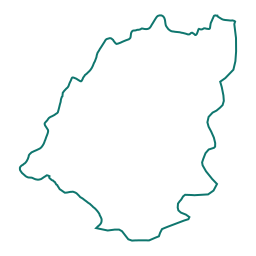 Az-Zabdani, Rif Dimashq, Syria (Robinson projection)
{"feature_id": "27442178B59833257068654", "entity_name": "Az-Zabdani", "entity_type": "district", "adm_level": 2, "iso_a3": "SYR", "parent_name": "Syria", "parent_adm1": "Rif Dimashq", "projection": "robinson", "projection_center": [36.084, 33.702], "detail": "fine", "context": "isolated", "style": "outline", "palette": "teal", "viewbox_px": 256, "rotation_deg": 0, "n_neighbors": 0, "source": "geoboundaries", "source_scale": "gbopen_adm2", "svg_char_len": 5442}
<svg xmlns="http://www.w3.org/2000/svg" viewBox="0 0 256 256"><path d="M217.0,184.0L212.0,178.8L211.4,178.0L206.0,171.3L202.6,165.3L202.1,162.4L203.3,158.8L205.5,153.2L208.7,149.5L214.0,147.8L215.1,146.6L215.2,143.1L213.9,137.7L211.2,131.6L208.6,126.7L207.4,122.3L208.6,116.9L212.6,112.6L216.5,110.6L220.0,107.7L222.6,105.1L223.0,103.7L223.8,101.0L223.8,100.5L223.4,95.4L221.8,87.3L220.2,81.7L225.3,78.1L233.4,69.7L235.4,61.2L236.1,51.4L236.0,38.0L234.3,24.1L235.1,21.5L234.5,21.1L234.2,20.9L232.8,20.5L232.2,20.4L231.7,20.5L231.2,20.5L230.1,20.5L227.4,20.2L225.0,20.0L224.2,19.8L223.3,19.7L222.4,19.3L222.0,19.2L220.4,18.2L218.6,17.1L217.6,16.4L217.4,15.6L216.9,15.6L216.1,15.6L215.3,15.4L215.1,15.5L214.4,15.6L213.9,16.0L213.1,17.8L213.0,18.2L212.5,19.1L212.0,20.4L211.1,22.3L210.7,23.3L210.5,24.4L210.2,26.5L210.1,27.3L210.0,28.0L209.5,28.8L208.9,29.0L207.9,28.9L206.4,28.7L204.9,28.3L204.3,28.3L203.8,28.4L203.1,28.8L202.6,29.1L201.8,29.4L201.7,29.4L200.6,29.4L200.0,29.2L199.2,29.0L199.0,28.9L198.7,29.2L198.5,29.3L198.0,30.7L198.0,30.8L197.5,32.2L196.9,33.7L196.6,34.2L196.5,34.3L195.9,34.9L195.6,35.0L195.2,35.0L195.0,34.8L194.6,34.4L194.1,34.0L192.8,33.1L192.1,32.7L191.2,32.9L190.9,33.1L190.1,33.8L189.5,34.3L188.6,34.4L188.3,34.4L187.9,34.4L185.8,33.7L183.1,33.0L182.1,32.8L181.8,32.8L180.3,32.4L179.3,32.2L179.1,32.2L175.1,31.8L173.3,31.5L172.3,31.4L171.2,31.1L169.8,30.3L168.3,29.1L166.7,26.9L166.0,25.8L165.7,24.9L165.4,23.2L165.1,21.0L165.0,20.1L164.8,19.6L164.7,19.1L164.3,18.0L164.0,17.5L163.3,16.5L162.3,15.8L161.3,15.4L160.5,15.4L159.5,15.4L157.9,15.9L156.9,16.7L155.7,18.4L153.6,21.8L153.2,22.5L151.8,24.7L150.9,26.3L150.0,27.6L148.7,28.6L147.4,29.0L146.3,29.1L144.6,29.0L143.2,28.7L142.0,28.5L141.5,28.6L140.5,29.3L139.4,29.6L138.4,29.8L137.4,29.8L137.0,29.9L136.5,30.1L135.6,30.4L134.5,30.5L133.9,30.5L133.2,30.6L132.5,30.9L131.9,31.6L131.7,31.8L131.4,32.5L131.1,33.1L130.9,34.5L130.6,36.9L130.4,37.7L129.9,38.4L128.8,39.3L125.9,40.3L125.7,40.4L123.5,41.3L121.7,42.1L120.9,42.5L120.2,42.8L118.0,43.6L117.0,43.8L116.8,43.9L116.7,43.8L116.1,43.7L115.5,43.2L114.8,42.4L114.4,41.9L113.5,40.7L113.1,39.9L112.3,39.3L111.4,38.5L110.3,38.2L109.6,38.2L109.2,38.3L108.3,38.6L107.4,38.8L106.4,39.2L105.4,40.2L104.5,41.8L100.8,47.6L99.9,48.9L99.1,50.4L97.6,52.7L96.8,55.1L96.4,57.3L94.8,61.5L94.0,62.9L93.4,64.4L92.8,65.9L92.3,66.9L91.8,67.9L90.6,69.7L89.4,71.1L87.7,72.7L86.6,73.8L85.8,74.4L85.2,74.9L84.9,75.1L84.4,76.0L83.2,77.6L82.7,78.9L82.3,79.7L82.0,80.2L81.6,80.9L81.0,81.3L80.5,81.2L80.4,81.2L79.8,80.9L79.0,80.4L78.3,80.0L77.7,79.6L76.3,78.7L74.6,78.0L73.6,77.6L72.5,77.5L72.1,77.7L71.7,78.3L71.2,79.6L70.8,80.6L70.1,82.0L69.5,83.3L68.9,85.0L68.4,86.3L67.8,87.2L67.4,87.7L66.3,88.6L65.3,89.7L64.0,91.1L63.7,91.6L62.8,92.7L62.4,96.4L61.8,96.9L61.4,98.1L61.0,99.3L60.8,100.5L60.7,101.5L60.5,102.4L60.0,104.0L59.3,106.9L58.9,108.5L58.5,110.0L58.2,111.0L57.9,112.2L57.3,113.0L56.7,113.4L55.4,114.2L54.7,114.8L54.0,115.2L51.7,116.4L50.5,116.9L49.6,117.5L49.0,117.9L48.2,118.9L47.9,119.3L47.6,119.8L47.1,120.5L46.5,121.1L45.5,122.2L45.4,122.3L44.8,123.1L44.6,123.9L45.0,125.3L45.5,126.1L46.3,127.3L47.5,129.2L47.9,129.8L48.1,130.6L48.1,131.5L47.8,132.9L47.3,134.4L46.2,137.2L45.3,139.8L44.8,140.9L44.3,142.4L43.6,144.0L43.2,144.6L42.9,145.2L42.4,145.9L41.5,147.1L41.1,147.5L40.2,148.3L38.9,149.0L37.0,149.9L36.1,150.3L34.7,150.9L33.8,151.3L33.0,151.7L31.5,152.4L30.9,153.0L30.5,153.4L29.8,154.0L28.9,155.2L28.7,156.1L28.6,156.8L28.2,157.8L28.0,158.6L27.3,159.9L27.0,160.6L26.2,161.8L25.2,163.0L24.7,163.4L24.6,163.5L24.0,163.8L22.8,164.9L22.5,165.0L22.1,165.2L21.7,165.5L21.4,165.7L20.7,166.4L20.1,167.2L20.0,167.8L19.9,167.9L19.9,168.8L20.0,169.9L20.4,170.6L21.0,171.6L21.7,172.5L22.1,173.1L23.0,173.8L23.4,174.2L24.1,174.8L24.6,175.2L25.3,175.9L25.8,176.3L27.1,177.0L27.8,177.3L28.7,177.5L29.2,177.5L30.7,177.6L31.0,177.6L31.8,177.7L32.6,178.0L32.8,178.1L33.2,178.3L34.3,178.8L35.3,179.2L36.0,179.4L36.9,179.5L37.1,179.6L38.0,179.7L38.9,179.6L39.0,179.6L39.8,179.4L40.7,179.2L41.2,179.0L41.8,178.6L42.7,178.0L44.0,177.1L44.7,176.7L46.2,175.7L46.5,175.5L46.8,175.3L47.4,175.4L48.1,175.6L49.3,176.1L49.5,176.2L49.2,177.0L49.3,177.8L49.9,178.5L50.4,178.8L51.0,179.4L51.6,180.0L52.9,180.5L53.3,180.7L53.4,181.0L53.7,181.3L55.0,182.2L55.5,183.2L55.9,183.9L56.4,184.6L57.0,184.9L57.5,185.4L57.6,185.7L57.8,186.3L58.3,186.9L59.1,188.2L59.7,189.2L60.8,189.9L61.5,190.4L64.8,192.7L65.6,192.7L66.4,192.6L67.3,192.5L68.7,192.2L70.3,191.9L71.0,191.9L71.7,191.8L72.8,191.7L73.6,191.9L74.8,192.4L75.4,192.6L76.4,193.2L76.9,193.6L77.7,194.4L78.4,195.1L79.2,195.9L80.0,196.9L80.4,197.2L81.8,198.0L82.9,198.7L84.5,200.0L86.3,201.3L86.8,201.7L88.2,202.8L88.3,202.9L89.8,203.8L90.2,204.2L91.3,205.2L92.4,206.2L93.1,207.0L94.7,208.2L95.9,209.4L97.2,210.9L97.7,211.5L98.9,213.2L99.4,214.0L99.7,215.1L100.6,216.8L101.2,218.1L101.5,218.9L101.6,219.5L101.6,220.4L101.5,221.5L101.2,222.7L100.8,223.4L100.4,224.0L99.8,224.7L98.9,225.6L98.3,226.1L97.8,226.4L97.5,226.8L97.0,227.3L96.2,228.1L107.7,230.5L114.7,229.6L119.1,229.6L122.0,231.2L125.7,236.0L128.3,239.3L132.0,240.6L135.3,240.4L142.3,240.3L149.1,240.4L155.6,237.6L158.9,236.3L160.1,232.8L162.0,229.1L163.4,228.5L165.3,227.7L168.1,226.6L184.2,220.5L188.4,219.2L189.4,217.1L185.9,214.6L180.9,212.6L178.4,210.4L177.7,207.6L178.0,203.6L179.5,201.5L181.2,199.6L183.1,196.4L185.1,194.8L191.1,195.0L194.5,195.2L208.1,194.4L213.5,190.6L217.0,184.0Z" fill="none" stroke="#0f766e" stroke-width="2"/></svg>